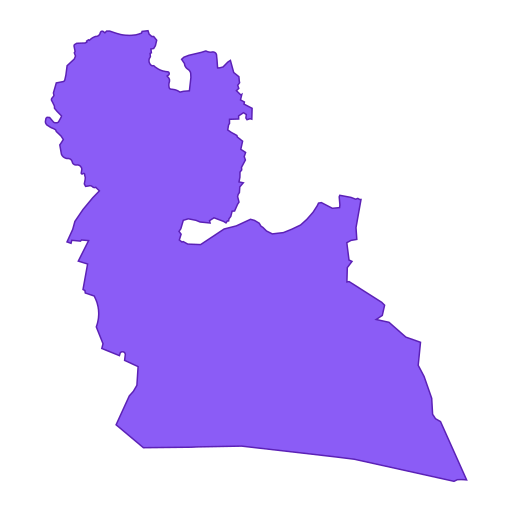 outline of Ath-Thawrah, Ar Raqqah, Syria
{"feature_id": "27442178B46572819209410", "entity_name": "Ath-Thawrah", "entity_type": "district", "adm_level": 2, "iso_a3": "SYR", "parent_name": "Syria", "parent_adm1": "Ar Raqqah", "projection": "natural_earth1", "projection_center": [38.3, 35.804], "detail": "fine", "context": "isolated", "style": "filled", "palette": "violet", "viewbox_px": 512, "rotation_deg": 0, "n_neighbors": 0, "source": "geoboundaries", "source_scale": "gbopen_adm2", "svg_char_len": 5719}
<svg xmlns="http://www.w3.org/2000/svg" viewBox="0 0 512 512"><path d="M143.4,447.7L191.2,447.2L197.3,446.9L241.6,446.1L336.4,457.0L354.1,459.2L454.0,481.3L457.3,479.7L459.8,479.6L462.1,479.6L464.3,479.7L466.6,479.9L440.5,421.6L435.5,418.7L432.6,414.3L431.7,398.3L424.1,376.5L418.2,365.3L420.5,342.3L405.8,337.1L389.0,322.3L376.2,319.5L382.3,315.4L384.6,305.2L381.7,302.3L349.1,281.6L346.9,281.9L347.3,267.6L352.0,261.4L349.0,260.0L346.8,242.7L351.0,240.4L356.8,239.4L356.0,227.6L361.0,199.5L359.7,199.5L357.8,198.4L355.7,199.2L351.0,197.4L339.8,195.3L339.2,196.8L339.9,205.0L339.6,207.6L332.4,208.3L321.4,202.6L318.5,203.1L317.4,205.5L313.1,212.2L306.9,219.3L300.6,225.0L291.8,229.2L283.4,232.6L272.3,233.9L266.5,231.0L263.0,227.5L260.9,226.1L259.2,223.2L254.5,220.4L250.5,219.3L236.3,225.9L224.1,229.0L200.6,244.6L187.8,244.1L183.2,241.6L182.0,242.0L179.3,240.0L181.1,234.2L179.0,231.4L180.8,228.8L183.3,220.3L188.3,218.8L195.9,220.3L200.1,222.0L210.1,223.0L209.5,220.7L214.0,217.8L223.6,221.4L226.0,222.9L227.4,220.9L228.6,220.9L229.0,218.8L230.8,216.4L232.1,211.2L234.6,211.0L237.6,204.2L239.0,202.1L237.6,196.6L238.2,194.3L239.4,192.6L239.8,186.9L243.3,182.8L239.0,181.9L239.9,177.3L240.0,172.1L241.7,169.9L241.5,167.3L245.4,160.0L244.2,156.6L245.6,152.5L240.8,149.3L242.6,141.2L237.3,137.0L236.9,135.5L231.1,132.3L227.7,129.9L228.6,124.8L229.5,123.5L229.5,119.3L238.7,119.0L238.6,115.9L243.5,112.7L246.3,114.5L245.9,118.0L247.0,119.7L250.1,118.7L251.8,119.2L252.1,108.3L244.0,104.1L244.4,102.0L240.5,99.9L241.8,94.4L240.9,95.0L236.4,90.7L238.8,88.4L237.7,85.3L239.6,82.7L239.3,81.1L238.9,76.7L233.7,72.5L230.4,60.4L227.8,62.1L223.0,67.0L219.4,67.9L217.6,67.9L217.0,59.8L216.6,56.1L216.6,55.5L216.5,54.8L216.4,54.4L216.2,54.0L216.0,53.5L215.6,53.1L215.3,52.8L214.9,52.5L214.4,52.3L214.0,52.1L213.5,52.0L212.9,51.9L210.9,52.2L210.1,52.2L209.4,52.1L208.0,51.8L207.1,51.5L206.3,51.1L205.6,51.0L201.2,52.4L188.8,55.3L183.9,57.2L181.6,59.3L184.5,63.6L184.6,64.5L184.8,65.4L185.2,66.3L185.7,67.1L186.2,67.8L186.8,68.4L187.4,68.9L188.4,69.6L189.0,70.1L189.6,70.8L190.1,71.6L190.5,72.5L190.7,73.4L190.9,77.5L189.4,90.8L183.4,91.3L180.0,92.1L179.0,91.5L178.0,90.9L176.9,90.4L175.8,90.0L174.8,89.7L173.7,89.5L172.4,89.3L171.2,89.2L170.6,89.1L170.2,88.9L169.8,88.7L169.5,88.3L169.3,88.0L169.1,87.5L169.0,86.8L168.9,85.9L168.8,85.0L168.9,84.2L169.0,83.3L169.2,82.5L169.4,81.7L169.5,81.2L169.5,80.5L169.5,79.8L169.4,79.3L169.2,78.9L168.8,78.0L168.5,77.7L168.2,77.3L167.3,76.5L167.2,76.3L167.2,76.1L167.2,75.8L167.4,75.6L167.6,75.5L168.2,75.3L168.5,75.1L168.9,74.7L169.1,74.3L169.2,73.7L169.2,73.2L169.0,72.7L168.7,72.2L168.2,71.9L167.8,71.8L165.3,71.5L164.1,71.2L163.0,71.0L161.2,70.4L159.5,69.7L157.9,68.8L156.5,67.9L154.9,66.8L154.5,66.3L154.0,65.9L153.5,65.7L153.0,65.7L152.6,65.7L152.1,65.8L151.7,65.6L151.0,65.1L150.5,64.6L150.0,64.0L149.7,63.4L149.3,62.6L149.1,61.8L149.0,61.0L149.0,60.2L149.1,59.3L149.4,58.5L149.7,57.9L150.4,56.7L150.1,53.4L151.4,52.8L150.9,49.0L153.7,48.5L155.4,45.7L156.7,40.2L153.7,36.5L151.8,36.5L149.1,34.1L148.0,30.7L142.1,31.4L141.5,33.1L139.0,34.0L136.5,34.7L135.7,34.9L133.5,35.1L131.7,35.3L129.7,35.4L127.5,35.3L125.3,35.2L122.8,34.9L120.6,34.5L118.9,34.0L117.0,33.5L114.2,32.6L109.8,31.1L106.6,31.1L104.9,32.8L103.1,31.4L102.5,31.2L101.9,31.2L101.6,31.3L101.3,31.4L101.0,31.7L100.7,31.9L100.4,32.4L100.1,33.4L99.7,34.3L99.1,35.0L98.7,35.4L98.3,35.7L97.8,36.0L97.1,36.3L96.4,36.4L95.7,36.4L94.6,36.8L93.5,37.3L92.4,37.9L91.4,38.6L90.5,39.3L89.4,40.3L88.5,39.8L86.6,41.1L86.8,42.1L85.2,43.0L76.7,43.3L74.4,44.7L74.0,45.9L75.1,51.5L74.3,52.8L75.5,56.0L74.3,59.0L67.1,65.7L65.9,75.0L64.8,80.0L64.6,80.4L64.4,80.7L64.2,81.0L63.8,81.3L63.5,81.5L63.1,81.6L56.3,82.9L53.4,93.0L53.8,94.6L53.9,95.7L52.1,98.0L51.8,98.3L51.6,98.7L51.5,99.2L51.4,99.5L51.4,99.9L51.5,100.2L51.6,100.5L51.8,100.9L52.1,101.3L54.4,106.0L54.5,108.3L57.0,111.3L61.5,115.9L61.2,117.1L58.4,122.1L57.9,122.4L57.2,122.7L56.3,122.8L55.5,122.8L54.6,122.7L53.8,122.3L53.6,122.2L50.3,118.3L49.6,117.5L47.1,117.3L46.0,118.3L45.5,120.9L45.4,121.5L45.4,122.1L45.6,123.0L46.0,123.8L46.5,124.5L46.8,124.9L47.2,125.2L47.6,125.5L48.1,125.7L49.4,126.6L50.5,127.3L51.9,128.0L53.3,128.5L55.6,129.8L56.3,131.5L61.1,136.1L63.3,139.5L61.5,142.4L59.8,144.9L61.4,154.1L61.8,155.0L62.4,155.9L63.0,156.6L63.6,157.1L64.4,157.6L65.2,158.0L66.0,158.3L66.8,158.5L67.7,158.5L68.6,158.5L68.9,158.6L69.6,158.8L70.3,159.1L70.7,159.4L71.0,159.7L71.6,160.4L72.0,161.2L72.4,162.4L72.6,163.0L73.1,163.7L73.7,164.2L74.5,164.7L75.3,164.9L76.1,165.0L77.2,164.9L77.8,164.9L78.5,165.1L79.1,165.3L79.8,165.7L80.4,166.2L81.6,167.9L81.8,169.3L81.3,172.6L81.2,172.9L81.2,173.2L81.3,173.5L81.7,173.9L81.9,174.0L82.2,174.0L82.6,173.9L83.0,173.6L83.3,173.5L83.6,173.4L83.9,173.4L84.2,173.5L84.4,173.7L84.6,174.0L84.7,174.3L84.7,174.6L84.6,174.9L85.3,177.5L85.1,179.8L84.3,183.9L85.6,186.4L88.9,185.9L89.5,185.7L90.3,185.7L91.0,185.8L91.6,186.1L92.1,186.4L92.6,186.8L92.9,187.1L93.3,187.3L93.8,187.5L94.4,187.6L95.0,187.6L95.8,187.3L99.4,190.9L92.8,197.7L83.0,209.5L74.9,221.4L72.7,229.4L67.0,241.9L71.0,243.3L71.8,240.3L80.5,241.1L81.5,240.0L88.6,240.6L78.3,261.1L87.6,264.0L83.0,289.5L84.9,290.5L85.3,293.0L94.2,296.0L95.0,297.7L95.7,299.2L96.3,300.7L97.0,302.5L97.3,303.7L97.7,305.3L98.1,306.9L98.3,308.5L98.5,309.7L98.6,311.4L98.7,313.0L98.7,314.6L98.6,315.9L98.5,317.5L98.3,319.1L98.0,320.7L97.7,322.3L97.3,323.8L96.8,325.4L96.3,326.9L103.0,343.7L101.8,348.5L119.4,355.6L120.2,352.9L120.7,352.4L121.1,352.1L121.4,351.9L122.2,351.8L123.0,351.8L123.4,351.9L123.7,352.0L124.3,352.4L124.8,352.9L125.1,353.6L125.3,354.2L125.3,354.5L124.6,360.4L138.1,366.6L136.9,385.3L133.4,391.3L129.3,395.9L116.1,424.8L143.4,447.7Z" fill="#8b5cf6" stroke="#5b21b6" stroke-width="1.5"/></svg>